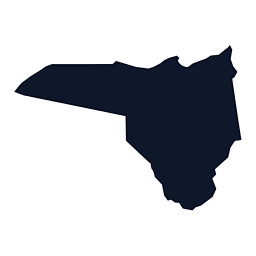 Piti, Guam
{"feature_id": "77769853B27536991093250", "entity_name": "Piti", "entity_type": "district", "adm_level": 2, "iso_a3": "GUM", "parent_name": "Guam", "parent_adm1": "", "projection": "albers", "projection_center": [144.681, 13.441], "detail": "fine", "context": "isolated", "style": "filled", "palette": "ink", "viewbox_px": 256, "rotation_deg": 0, "n_neighbors": 0, "source": "geoboundaries", "source_scale": "gbopen_adm2", "svg_char_len": 1042}
<svg xmlns="http://www.w3.org/2000/svg" viewBox="0 0 256 256"><path d="M215.5,188.8L211.4,178.3L215.3,174.2L214.1,169.0L227.5,157.0L229.8,147.2L234.5,140.2L240.6,139.3L240.1,136.4L237.5,119.8L236.5,113.0L233.0,89.2L231.4,78.3L232.5,77.6L233.7,76.9L236.5,71.9L232.6,66.8L229.9,59.2L231.5,49.7L229.7,46.4L229.5,46.8L229.2,47.3L218.9,55.5L211.0,56.3L206.4,59.2L193.2,64.1L190.2,66.3L188.7,67.5L186.0,67.9L181.6,66.2L179.2,64.2L176.8,60.9L178.4,58.1L176.7,56.5L169.0,58.7L164.9,60.8L160.7,64.0L153.9,67.6L148.5,69.3L140.1,68.2L135.9,67.7L116.2,61.8L113.9,63.9L112.9,64.8L111.9,64.8L79.1,64.9L66.9,64.9L56.5,64.9L53.3,64.8L52.5,64.8L51.2,65.2L46.1,67.1L40.3,71.1L30.9,76.9L21.9,83.6L21.7,83.9L19.7,86.2L15.4,91.5L24.1,94.7L126.3,115.5L126.7,140.4L148.8,161.1L149.9,162.0L151.0,162.5L151.4,163.9L152.1,168.1L153.7,170.4L154.6,172.9L155.6,176.7L162.7,184.3L164.8,195.0L168.1,199.7L171.2,198.8L175.2,201.8L179.6,202.1L183.2,207.8L192.3,209.6L195.1,206.7L200.6,204.9L212.0,196.4L215.5,188.8Z" fill="#0f172a" stroke="#020617" stroke-width="1.5"/></svg>